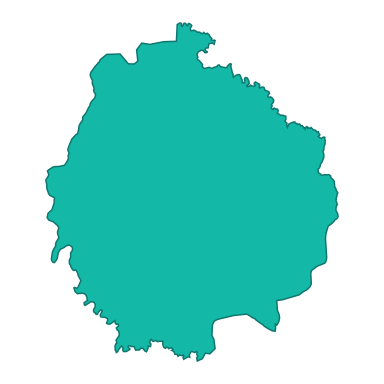 the district of Sikasso, Sikasso, Mali
{"feature_id": "8926073B43266503533040", "entity_name": "Sikasso", "entity_type": "district", "adm_level": 2, "iso_a3": "MLI", "parent_name": "Mali", "parent_adm1": "Sikasso", "projection": "robinson", "projection_center": [-5.843, 11.532], "detail": "fine", "context": "isolated", "style": "filled", "palette": "teal", "viewbox_px": 384, "rotation_deg": 0, "n_neighbors": 0, "source": "geoboundaries", "source_scale": "gbopen_adm2", "svg_char_len": 5856}
<svg xmlns="http://www.w3.org/2000/svg" viewBox="0 0 384 384"><path d="M54.9,166.6L52.8,167.1L48.4,170.0L47.4,171.1L48.7,174.1L48.6,175.3L47.4,177.6L46.1,179.2L45.9,180.8L46.6,183.8L46.9,188.7L48.6,193.6L49.7,195.3L54.4,197.7L54.6,198.6L54.1,200.0L54.2,202.8L51.9,209.8L48.1,213.2L47.1,217.6L48.8,220.1L53.3,221.8L57.8,225.8L58.8,228.2L57.5,231.8L57.6,234.0L58.9,237.4L56.0,242.5L55.6,244.0L55.7,246.0L53.7,249.1L52.4,252.1L51.4,258.9L51.6,260.2L53.0,262.3L54.4,262.6L56.2,260.5L57.3,258.1L58.2,252.9L60.3,249.3L64.2,247.4L66.6,245.6L69.4,245.1L72.1,247.0L72.6,249.1L71.9,251.2L70.6,252.8L70.7,257.3L69.3,260.2L69.4,263.9L70.5,265.1L71.0,267.0L72.8,269.9L73.9,270.5L75.6,269.9L76.6,271.1L77.9,273.8L78.2,275.6L80.9,280.7L77.8,287.6L76.6,288.3L74.7,287.4L73.9,287.9L75.1,291.6L77.4,293.7L82.6,293.1L84.5,293.8L85.9,294.9L87.0,297.5L87.0,299.0L87.6,300.3L84.1,302.6L84.3,304.7L85.0,305.4L89.5,302.7L90.5,301.7L92.7,301.9L94.4,302.8L95.0,303.6L95.2,306.8L93.8,309.1L93.5,311.0L94.1,312.4L95.3,312.9L96.2,314.5L97.5,314.2L98.1,312.4L101.0,309.7L101.9,310.3L102.2,310.9L100.2,315.1L100.6,316.7L102.2,317.2L104.5,317.1L107.5,318.6L107.7,320.1L106.5,323.3L107.6,323.9L110.1,324.1L114.9,320.6L115.3,323.3L116.3,324.3L118.1,324.0L118.7,325.7L116.3,327.9L117.1,329.9L118.6,330.9L119.3,333.9L118.9,336.0L116.1,340.0L116.8,343.4L115.9,343.9L115.0,345.9L115.3,350.5L116.1,351.3L116.3,352.5L117.7,351.7L118.6,349.7L121.5,345.9L123.0,347.5L122.8,350.5L123.7,351.6L126.3,351.5L129.7,349.6L129.8,348.6L128.3,347.6L128.1,346.7L128.7,345.8L130.1,345.9L130.9,346.6L133.1,346.5L134.3,346.9L135.2,349.3L135.9,350.3L137.2,349.9L139.1,350.1L140.9,348.2L142.9,348.4L145.0,351.1L146.5,351.7L147.8,349.0L148.3,346.1L150.5,346.6L150.9,344.0L149.5,342.5L151.0,339.3L153.1,341.4L156.1,340.5L157.0,341.5L158.2,341.6L159.1,341.1L161.9,341.4L162.8,341.1L162.8,344.7L164.0,347.5L165.4,348.3L166.7,347.2L168.5,348.0L168.9,348.7L171.2,347.6L172.9,349.0L172.8,349.8L171.6,350.3L173.9,351.5L174.8,354.2L177.4,354.6L178.0,356.3L179.7,355.0L181.5,355.6L183.3,355.1L183.8,356.0L183.0,357.3L183.7,359.3L188.2,356.7L189.7,357.3L189.4,354.7L190.6,352.3L191.6,351.4L194.7,352.5L196.5,351.6L197.0,352.1L196.8,354.6L197.8,356.5L196.7,357.8L197.3,361.0L202.4,358.7L205.3,353.2L209.9,353.8L215.1,348.6L213.9,339.4L211.9,335.4L212.5,324.7L214.2,321.2L217.4,319.4L233.8,315.5L246.8,314.1L250.1,316.0L252.5,317.8L254.3,318.3L256.4,320.3L261.6,324.0L262.6,324.4L264.0,326.0L266.2,327.5L272.1,330.8L275.2,331.2L275.6,327.8L275.1,323.3L276.6,325.8L276.5,325.4L277.4,324.3L278.9,321.4L279.6,317.7L279.2,315.0L277.4,310.3L276.7,300.5L282.3,299.8L299.3,294.8L303.4,291.6L307.2,289.6L310.1,286.6L311.3,283.9L310.8,274.0L311.1,271.8L312.0,270.2L317.0,266.3L324.0,263.5L325.0,262.9L325.9,261.6L326.7,257.8L325.5,239.3L325.8,234.5L327.3,228.8L328.3,226.0L331.5,223.8L334.1,221.2L334.9,219.8L336.7,218.8L337.6,217.8L338.1,216.2L337.5,213.3L335.9,210.4L336.1,207.5L336.8,205.0L337.4,204.8L335.9,200.1L336.2,199.7L336.3,197.6L336.8,196.5L337.2,193.8L337.7,193.3L337.6,192.4L336.3,190.6L335.8,188.5L334.7,186.8L334.3,181.4L332.5,179.0L330.9,177.7L330.6,175.9L328.8,174.6L327.3,174.9L324.6,174.6L321.8,175.4L320.7,174.6L320.7,174.2L318.3,172.6L318.0,169.3L319.2,168.2L320.1,166.4L320.4,164.3L321.8,162.5L323.9,157.2L323.7,153.5L322.9,151.6L323.8,149.9L324.1,146.3L325.0,144.1L325.2,140.5L324.7,138.9L324.9,137.4L324.1,137.0L322.8,137.4L321.6,138.4L319.6,137.6L318.3,136.4L319.6,135.4L319.8,134.5L319.1,134.0L318.4,131.8L316.9,132.2L315.5,130.2L313.4,129.9L311.1,127.5L310.3,128.4L309.1,128.3L308.7,127.6L307.7,128.1L307.0,126.6L306.4,126.7L305.2,129.0L304.8,127.7L303.5,127.9L303.3,126.9L302.2,125.7L300.8,125.9L299.8,124.2L299.0,123.9L298.0,124.5L297.1,123.6L295.6,123.3L294.8,122.7L294.9,122.0L293.4,122.0L289.0,123.9L287.4,127.4L286.7,125.0L287.0,123.3L284.9,121.2L285.9,119.6L285.8,116.1L284.2,115.9L283.4,115.3L281.0,115.3L277.4,113.3L278.2,110.5L277.5,109.1L275.5,108.9L274.5,108.1L273.4,108.5L273.3,109.5L272.1,109.1L271.2,107.7L272.2,105.9L271.4,104.6L273.4,102.3L273.7,100.1L272.3,98.1L270.7,96.9L268.7,97.3L267.7,96.5L268.3,94.8L269.5,93.4L269.0,91.9L264.9,90.1L264.1,87.6L263.3,87.1L261.9,87.1L259.6,88.0L259.1,87.1L259.7,86.0L259.6,84.4L255.5,82.0L254.4,82.6L254.2,84.0L255.2,85.2L255.1,85.8L253.8,86.2L252.1,86.0L250.7,85.1L249.0,86.4L247.1,86.7L246.9,85.4L247.4,85.3L249.2,83.7L248.9,81.2L247.4,78.1L245.3,77.5L244.4,79.2L244.8,80.5L244.3,82.8L242.3,82.7L242.1,79.9L239.8,74.8L239.0,74.5L236.6,75.0L233.3,77.0L233.0,74.0L232.3,72.6L230.8,66.1L231.3,64.1L230.0,63.7L227.6,65.9L226.9,67.3L225.8,67.7L220.5,66.7L219.0,64.9L218.1,65.1L216.5,66.7L213.8,67.4L212.3,68.3L211.6,68.4L209.2,67.3L204.4,68.6L202.2,66.5L202.5,64.4L199.3,60.6L197.8,59.7L197.2,58.4L197.9,57.2L196.9,54.5L198.2,52.0L201.1,50.3L202.4,50.2L205.1,52.7L206.0,52.8L207.3,52.1L207.2,51.7L205.6,50.8L205.1,49.7L205.2,49.0L206.3,47.9L208.1,47.9L209.0,43.7L211.8,43.1L212.8,43.2L214.1,44.3L215.1,40.5L214.3,40.1L212.7,40.4L211.3,40.1L211.8,38.5L210.0,36.5L209.0,34.6L207.2,33.2L205.6,34.2L203.8,32.4L202.6,33.6L201.8,33.6L199.3,32.1L197.8,32.3L194.2,30.2L190.8,30.7L190.2,28.6L191.8,25.6L190.8,24.4L188.9,23.4L188.3,23.7L187.5,25.8L186.9,25.6L185.7,23.5L185.0,23.2L184.0,23.3L182.8,25.7L182.2,26.3L181.6,26.1L181.2,25.3L181.6,24.0L181.1,23.2L179.8,23.0L177.2,24.5L176.4,41.3L163.5,41.7L149.9,44.4L141.7,43.1L136.6,49.9L137.8,60.9L134.4,64.0L128.3,63.8L120.1,54.0L106.7,54.4L100.3,59.6L99.2,62.2L98.3,62.5L98.3,63.0L95.3,66.2L91.1,72.0L90.2,74.5L90.6,76.7L92.4,80.4L92.3,83.6L94.2,88.3L93.6,90.1L94.1,92.1L95.6,94.4L94.8,97.9L92.2,100.6L90.4,103.3L89.8,105.8L88.6,107.5L85.8,113.3L83.0,116.5L82.6,118.5L82.8,119.9L80.2,123.4L79.0,126.1L78.7,129.0L77.5,133.9L76.1,134.4L71.8,139.1L68.7,146.6L67.8,149.5L68.2,151.2L69.1,153.0L68.1,155.7L68.4,158.4L67.7,160.3L64.6,165.2L59.7,166.4L54.9,166.6Z" fill="#14b8a6" stroke="#0f766e" stroke-width="1.5"/></svg>